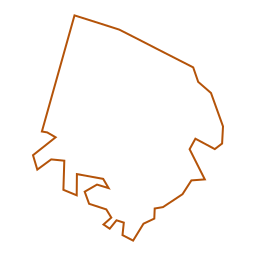 Jessamine, Kentucky, United States of America (Natural Earth projection)
{"feature_id": "52423323B70130462183378", "entity_name": "Jessamine", "entity_type": "district", "adm_level": 2, "iso_a3": "USA", "parent_name": "United States of America", "parent_adm1": "Kentucky", "projection": "natural_earth1", "projection_center": [-84.584, 37.866], "detail": "fine", "context": "isolated", "style": "outline", "palette": "amber", "viewbox_px": 256, "rotation_deg": 0, "n_neighbors": 0, "source": "geoboundaries", "source_scale": "gbopen_adm2", "svg_char_len": 643}
<svg xmlns="http://www.w3.org/2000/svg" viewBox="0 0 256 256"><path d="M41.9,131.5L47.2,132.4L55.6,137.3L33.0,155.2L37.3,169.6L51.2,159.4L64.3,160.7L63.4,189.8L76.7,195.3L76.9,174.1L103.2,178.9L108.6,188.1L97.0,184.6L84.7,191.7L89.1,203.8L106.3,209.4L111.3,217.6L103.5,224.5L109.7,228.7L116.5,220.3L123.8,222.6L122.5,235.1L133.1,240.6L143.5,223.7L154.3,218.6L154.7,208.5L163.0,207.1L182.5,194.2L191.4,180.4L204.8,179.4L189.6,149.2L195.4,138.7L214.8,149.1L222.1,143.5L223.0,126.4L211.0,93.0L198.2,81.9L193.2,67.4L165.2,53.1L156.4,48.6L133.4,36.8L119.2,29.6L111.1,27.0L74.5,15.4L41.9,131.5Z" fill="none" stroke="#b45309" stroke-width="2"/></svg>